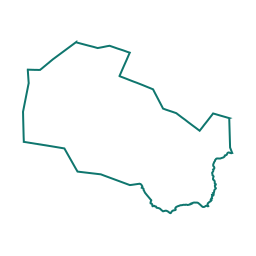 Nalaix, Ulaanbaatar, Mongolia, rotated 95°
{"feature_id": "93677404B72325521473587", "entity_name": "Nalaix", "entity_type": "district", "adm_level": 2, "iso_a3": "MNG", "parent_name": "Mongolia", "parent_adm1": "Ulaanbaatar", "projection": "mercator", "projection_center": [107.515, 47.823], "detail": "fine", "context": "isolated", "style": "outline", "palette": "teal", "viewbox_px": 256, "rotation_deg": 95, "n_neighbors": 0, "source": "geoboundaries", "source_scale": "gbopen_adm2", "svg_char_len": 4339}
<svg xmlns="http://www.w3.org/2000/svg" viewBox="0 0 256 256"><g transform="rotate(95 128 128)"><path d="M46.9,187.1L61.6,203.7L66.1,208.8L76.2,219.0L77.8,220.7L77.8,220.8L77.8,221.2L77.9,221.7L78.3,227.4L78.6,232.9L78.9,232.9L91.0,231.0L92.0,230.8L92.4,230.9L121.1,234.0L122.6,233.8L126.4,233.4L145.8,231.2L150.6,230.6L150.9,230.6L152.9,202.4L153.9,189.6L172.1,177.1L175.8,174.5L175.9,172.3L176.5,152.0L176.5,151.1L177.5,147.6L184.7,121.2L184.6,120.7L184.2,118.8L182.5,111.6L182.7,111.1L182.7,110.8L182.7,110.7L183.3,109.8L184.1,109.2L184.5,108.9L184.9,108.6L185.2,108.7L185.6,108.9L186.0,109.1L186.3,109.1L186.3,108.8L186.4,108.7L186.6,107.9L186.9,107.6L187.3,107.2L188.4,107.1L188.7,106.8L190.9,105.5L192.9,103.6L194.4,102.1L197.6,98.9L197.7,98.7L197.8,98.6L198.3,98.5L198.8,98.8L199.1,98.9L199.3,98.9L199.8,98.9L200.7,99.1L201.1,98.9L201.2,98.6L201.3,98.2L201.4,97.8L201.6,97.6L201.9,97.3L202.3,97.1L202.5,97.1L203.3,97.0L203.5,96.9L203.8,96.7L203.8,96.4L203.6,96.1L203.4,95.7L203.3,95.3L203.3,94.9L203.6,94.6L203.7,94.4L203.8,94.1L203.8,93.9L203.7,93.5L203.9,93.2L204.2,93.0L204.4,92.9L204.6,92.8L204.9,92.6L204.9,92.2L205.0,91.6L205.2,90.2L205.6,89.1L205.7,88.9L206.4,88.1L207.3,86.9L207.5,86.5L207.8,86.0L207.9,85.9L207.8,85.3L207.6,84.9L207.2,83.7L207.1,83.3L207.1,82.5L207.6,81.1L208.8,79.2L209.1,78.5L209.1,78.2L208.9,77.9L208.7,77.8L208.5,77.7L208.0,77.5L207.2,77.0L206.7,76.5L206.5,76.1L206.4,76.1L206.2,75.7L206.0,75.1L205.9,74.5L205.8,74.2L205.7,73.9L205.5,73.6L205.3,73.4L205.0,73.4L204.9,73.4L204.6,73.5L204.0,73.8L203.9,73.9L203.6,73.8L203.3,73.7L202.6,73.2L201.8,72.0L201.1,70.5L200.9,70.0L200.8,69.8L200.5,69.3L200.3,68.6L200.2,67.6L200.1,67.4L199.7,66.2L199.6,65.6L199.6,65.2L199.6,64.8L199.6,64.3L199.5,64.0L199.4,63.9L199.3,63.7L199.3,63.2L199.4,62.3L199.5,61.8L199.2,60.9L198.9,59.9L198.8,59.7L198.4,58.8L198.1,58.3L198.0,58.5L197.8,58.7L197.3,57.7L196.7,56.4L196.5,55.6L196.4,53.6L196.3,52.6L196.5,51.7L196.7,51.4L197.2,50.6L197.4,50.4L198.0,49.5L199.2,48.0L199.3,47.9L200.0,46.9L200.1,46.5L200.1,46.0L200.0,45.3L199.7,44.8L199.2,44.1L198.9,43.8L198.7,43.3L198.7,42.8L198.7,42.2L199.0,41.9L199.0,41.4L198.9,41.2L198.6,41.3L198.4,41.6L198.2,42.0L197.8,42.2L197.4,42.1L197.0,42.0L196.1,41.9L195.3,41.1L195.0,40.9L194.5,40.4L194.1,39.8L194.0,39.5L193.7,39.2L193.4,39.3L193.2,39.1L192.9,38.8L192.6,38.5L192.4,38.6L192.2,38.6L192.0,39.3L191.6,39.2L191.3,38.9L191.1,38.4L190.8,38.1L190.4,38.2L190.1,38.5L189.6,38.5L189.1,38.3L188.6,38.1L188.0,38.3L187.6,38.4L187.2,38.5L187.1,38.2L187.4,37.9L187.8,37.5L187.7,37.1L187.1,36.9L186.5,36.9L186.0,37.2L185.6,37.4L185.6,37.1L185.5,36.9L184.0,36.7L183.6,36.6L183.1,36.6L182.6,36.6L182.1,36.4L181.6,36.1L181.1,35.6L180.7,35.3L180.4,35.2L180.1,35.4L179.7,35.7L179.3,36.1L178.7,36.3L178.0,36.4L177.6,36.4L177.3,36.1L177.0,35.7L176.7,35.6L176.3,35.7L176.2,36.1L175.8,36.6L175.4,36.8L174.9,36.8L174.2,36.9L173.6,37.0L172.7,37.5L172.3,38.3L171.7,38.8L170.9,38.9L169.5,38.7L168.9,38.5L168.5,38.7L168.0,39.3L167.5,39.8L166.8,39.8L166.2,40.0L165.5,40.3L165.0,40.2L164.6,39.9L164.1,39.6L163.4,39.3L162.6,39.3L162.2,39.4L161.9,39.6L161.5,39.1L161.3,38.8L160.6,38.5L159.7,38.6L159.2,38.9L158.8,39.4L158.2,39.8L157.5,39.9L156.9,39.9L156.1,39.7L154.9,39.3L154.2,39.1L153.3,38.5L152.3,38.4L151.6,37.8L151.0,37.5L150.8,37.2L150.6,36.6L150.5,35.7L150.5,35.3L150.5,34.8L150.4,34.0L150.3,33.2L149.9,32.5L149.6,31.8L149.3,31.0L148.8,30.1L147.8,29.2L147.0,29.2L146.8,28.8L146.7,28.7L146.5,28.0L146.4,27.8L146.1,27.4L145.4,27.1L145.1,27.0L144.3,26.7L144.1,26.5L143.7,26.0L143.6,25.5L143.6,25.2L143.8,24.7L143.9,24.2L144.1,23.4L144.1,22.8L143.8,22.0L143.3,22.3L138.6,24.6L109.5,28.0L109.4,27.8L108.5,32.3L107.5,37.5L106.6,41.9L106.1,44.5L107.9,45.6L110.8,47.5L114.7,50.0L116.2,51.0L118.6,52.6L120.7,53.9L124.5,56.4L121.8,60.7L120.1,63.5L116.8,68.8L114.9,71.7L112.8,75.2L110.4,79.0L109.0,81.2L108.6,82.8L107.9,85.6L107.1,89.0L106.4,91.9L105.6,94.8L103.8,95.9L98.8,99.1L94.1,102.1L90.2,104.6L87.3,106.4L86.6,108.6L85.6,111.9L84.1,116.7L83.5,118.7L82.2,123.1L81.2,126.8L80.0,130.9L79.1,133.9L77.1,140.9L77.0,141.0L74.3,140.1L70.7,138.9L66.3,137.4L61.1,135.6L54.8,133.5L52.8,132.8L52.3,135.0L51.2,139.1L50.7,141.2L49.7,145.6L49.1,147.9L47.7,153.5L48.4,156.2L49.7,160.5L51.0,165.2L50.7,166.8L50.2,169.4L49.4,174.4L48.5,179.6L47.2,187.1L46.9,187.1Z" fill="none" stroke="#0f766e" stroke-width="2"/></g></svg>